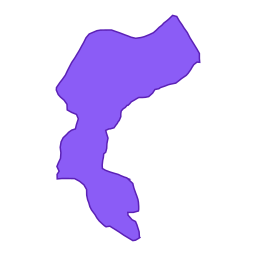 the district of Qakh District, Qax, Azerbaijan
{"feature_id": "54616110B49356278605879", "entity_name": "Qakh District", "entity_type": "district", "adm_level": 2, "iso_a3": "AZE", "parent_name": "Azerbaijan", "parent_adm1": "Qax", "projection": "orthographic", "projection_center": [46.895, 41.256], "detail": "fine", "context": "isolated", "style": "filled", "palette": "violet", "viewbox_px": 256, "rotation_deg": 0, "n_neighbors": 0, "source": "geoboundaries", "source_scale": "gbopen_adm2", "svg_char_len": 2138}
<svg xmlns="http://www.w3.org/2000/svg" viewBox="0 0 256 256"><path d="M199.7,62.3L199.4,58.5L199.4,53.5L197.0,49.2L193.5,43.5L190.0,37.9L187.3,32.6L184.0,28.0L182.1,24.9L179.3,20.9L176.8,16.5L172.6,15.4L168.9,19.0L166.8,20.8L163.9,23.0L161.9,25.2L160.4,26.4L159.2,27.3L156.3,30.2L153.4,32.7L149.2,34.7L144.2,36.7L141.1,37.5L135.7,38.3L131.0,37.2L128.3,36.1L125.0,34.9L119.8,32.9L116.3,31.7L111.5,30.0L108.5,30.0L100.4,30.1L96.9,30.7L91.7,32.9L89.2,34.0L86.0,37.8L83.7,42.5L81.6,46.2L79.4,50.3L77.1,54.1L74.7,58.1L71.7,62.5L69.5,66.7L67.5,70.6L65.4,75.1L62.5,79.2L59.7,82.8L56.6,87.4L56.5,87.5L56.3,90.0L58.2,94.5L60.5,97.1L64.1,100.2L67.0,104.3L67.2,109.9L71.6,112.4L76.5,114.4L78.3,118.8L76.4,124.7L75.4,128.9L71.7,130.1L68.6,132.3L66.8,134.3L63.2,137.7L61.1,141.8L60.2,147.3L60.9,152.8L60.5,158.4L58.5,162.6L56.9,166.5L59.1,171.2L57.1,174.4L57.1,174.8L57.2,178.9L62.0,178.5L67.8,178.5L74.6,178.6L79.6,181.3L83.9,184.8L86.6,189.5L86.7,195.2L87.6,199.6L88.8,202.8L89.9,206.7L91.5,209.9L95.0,214.6L96.9,217.9L99.2,220.9L102.6,224.1L104.5,225.8L106.5,227.1L106.2,226.7L109.9,226.2L119.0,231.9L124.0,235.3L128.0,237.7L132.8,240.6L135.5,240.2L138.4,238.5L139.9,237.5L139.4,236.9L139.1,231.8L136.9,224.8L135.5,221.5L132.0,219.7L128.0,215.1L127.8,212.4L133.3,212.4L138.4,211.0L138.7,209.4L138.7,206.4L138.4,202.1L137.9,199.4L136.7,195.8L135.7,193.2L133.9,188.1L132.8,183.5L128.6,179.5L129.3,179.2L127.8,178.6L126.7,177.8L124.4,177.1L120.7,175.6L118.2,174.4L114.3,173.3L110.7,172.2L108.7,171.5L105.5,170.3L102.4,168.5L102.2,165.1L102.7,160.5L103.4,157.2L103.7,153.9L105.7,152.2L106.7,148.4L106.9,143.7L108.0,138.1L106.5,133.4L105.7,130.4L108.9,128.9L110.1,128.9L114.0,127.8L115.7,125.4L117.2,123.5L118.1,121.8L119.2,120.5L120.8,116.7L120.8,113.7L121.2,111.0L123.3,108.7L125.2,107.5L127.1,105.3L128.0,105.3L129.7,103.7L131.3,101.8L134.3,100.1L137.1,98.4L138.8,97.5L142.5,97.5L145.4,97.3L148.7,96.6L152.6,93.1L154.9,89.5L158.9,88.7L160.4,87.6L165.1,86.0L168.1,84.8L170.3,84.2L175.8,83.1L179.4,80.3L181.5,78.6L186.3,75.3L188.2,73.2L190.8,69.5L192.1,67.2L193.8,64.6L197.0,62.1L199.7,62.3Z" fill="#8b5cf6" stroke="#5b21b6" stroke-width="1.5"/></svg>